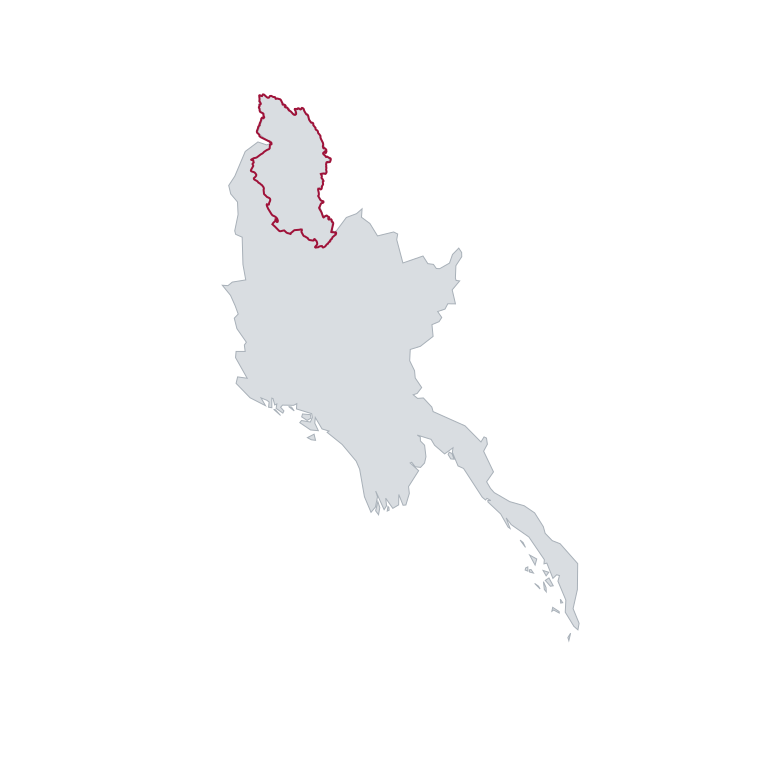 where Kachin sits in Myanmar, rotated 332°
{"feature_id": "MMR-3296", "entity_name": "Kachin", "entity_type": "State", "adm_level": 1, "iso_a3": "MMR", "parent_name": "Myanmar", "parent_adm1": "", "projection": "robinson", "projection_center": [97.371, 26.091], "detail": "fine", "context": "in_parent", "style": "outline", "palette": "rose", "viewbox_px": 768, "rotation_deg": 332, "n_neighbors": 0, "source": "natural_earth", "source_scale": "10m", "svg_char_len": 9684}
<svg xmlns="http://www.w3.org/2000/svg" viewBox="0 0 768 768"><g transform="rotate(332 384 384)"><path d="M484.7,346.8L478.0,343.1L473.0,346.5L465.4,345.2L466.2,352.4L461.9,354.8L454.2,354.1L449.7,365.0L433.8,367.8L423.4,365.8L417.6,375.5L417.2,386.6L414.4,393.3L415.6,404.8L408.8,407.9L404.7,407.2L406.9,412.5L412.2,414.8L415.4,426.8L414.4,431.4L435.9,459.0L442.4,480.7L447.5,477.7L449.1,479.9L447.0,485.7L440.4,490.1L439.4,513.0L428.7,518.5L429.0,526.2L430.3,531.6L439.8,546.9L450.6,557.3L456.5,568.5L457.7,584.7L456.2,591.5L459.0,601.3L464.5,607.7L470.7,633.5L458.3,656.2L445.5,671.1L443.9,686.9L439.8,692.1L437.9,687.2L436.9,670.6L443.1,660.2L445.0,639.8L449.0,635.5L446.9,633.5L441.9,634.9L443.7,618.6L440.8,617.9L443.1,614.4L440.1,587.1L430.3,567.9L429.0,559.6L427.5,570.8L426.4,568.6L426.0,553.5L420.4,537.0L421.0,535.6L423.6,537.0L421.2,533.3L419.2,534.1L417.6,530.1L414.6,495.9L410.9,491.1L412.3,476.4L415.0,472.7L404.7,474.2L399.9,461.8L399.6,455.0L389.4,444.7L391.1,447.9L389.4,451.4L391.1,457.1L386.9,467.9L382.7,472.8L377.1,474.8L372.7,471.7L371.7,466.1L370.0,466.0L373.9,476.8L357.5,486.1L355.0,492.5L346.5,501.1L343.9,500.0L345.2,488.5L340.2,497.6L333.4,497.9L331.9,485.6L329.1,492.7L325.1,495.0L326.4,474.6L325.3,480.5L318.7,488.6L312.3,491.2L313.8,474.4L322.5,447.8L323.2,439.1L318.7,417.8L311.1,400.0L313.3,399.7L308.2,394.6L307.6,381.3L304.5,386.1L304.1,394.4L297.6,390.1L291.5,378.6L294.0,377.5L301.1,383.0L305.1,379.9L306.2,376.2L295.0,364.9L297.8,360.4L294.2,360.4L284.5,355.0L281.8,356.0L283.0,360.8L281.0,362.2L277.3,354.9L280.0,351.3L277.7,351.2L279.2,344.7L278.3,343.8L273.8,352.3L271.2,350.3L274.1,346.0L273.0,343.5L268.9,338.5L269.2,347.5L259.3,333.3L253.7,314.0L258.1,309.0L265.9,314.7L265.3,291.0L268.7,285.8L276.7,290.1L279.0,284.0L282.1,282.5L280.1,266.1L282.7,255.6L288.1,253.8L289.3,245.2L290.1,233.7L287.6,220.9L292.4,223.9L297.9,222.8L310.8,227.2L315.6,212.2L327.7,187.8L323.3,182.2L324.1,178.7L334.7,165.9L340.1,154.5L337.9,144.2L340.1,135.8L349.8,130.5L370.7,113.5L386.3,111.1L392.6,117.8L396.9,118.4L390.4,102.6L403.6,90.8L403.2,81.3L409.4,71.5L412.8,71.9L416.0,76.7L419.4,76.7L425.4,83.9L431.2,103.8L435.6,100.2L441.3,103.0L443.9,132.4L442.4,149.5L438.9,153.4L441.6,160.4L436.1,162.9L432.4,169.7L426.9,170.3L423.1,179.6L417.5,181.0L414.5,188.3L415.2,193.8L410.7,197.0L409.2,206.5L413.1,210.3L414.4,215.4L410.2,226.0L413.7,226.5L428.9,219.3L439.7,220.7L446.9,219.0L442.4,226.2L446.9,235.7L447.8,250.2L463.9,254.3L466.5,258.0L463.0,262.5L457.5,286.0L478.5,289.3L479.2,298.3L483.8,301.6L484.4,306.6L487.3,308.3L498.6,308.0L505.3,301.8L513.8,299.1L514.3,304.3L512.4,308.1L503.0,313.3L496.7,324.1L496.3,326.4L499.2,328.5L488.4,332.9L484.7,346.8ZM298.0,372.2L304.7,376.6L303.4,379.8L299.1,380.1L295.9,374.4L298.0,372.2ZM432.3,603.4L436.7,610.2L432.4,614.8L432.3,603.4ZM297.1,401.6L293.6,399.1L291.2,395.4L298.7,395.5L297.1,401.6ZM438.6,632.7L438.7,641.6L436.0,640.7L434.2,633.1L438.6,632.7ZM322.3,491.1L317.8,496.9L317.1,492.0L323.4,484.9L322.3,491.1ZM410.6,483.3L407.8,481.5L407.5,476.3L409.6,474.8L411.3,477.3L410.6,483.3ZM429.7,643.7L429.1,640.7L432.0,633.4L431.5,639.8L429.7,643.7ZM428.1,660.4L431.8,667.1L431.2,668.5L427.7,663.2L425.5,663.5L428.1,660.4ZM441.1,627.6L437.1,629.5L436.9,623.3L441.1,627.6ZM431.8,691.6L426.7,697.4L427.3,694.2L431.8,691.6ZM276.0,355.8L277.9,363.2L274.7,354.5L276.0,355.8ZM432.4,589.2L432.2,594.7L430.9,585.7L432.4,589.2ZM291.5,361.0L292.1,365.6L289.2,359.1L291.5,361.0ZM427.2,621.1L424.2,618.3L425.2,616.3L426.7,616.8L427.2,621.1ZM425.1,613.0L423.2,616.8L421.3,614.5L422.8,612.9L425.1,613.0ZM425.5,635.1L425.6,638.3L423.4,630.8L425.5,635.1ZM329.3,497.8L327.2,497.7L330.0,494.0L330.3,495.4L329.3,497.8ZM439.1,661.0L437.2,660.4L438.7,656.8L439.1,661.0Z" fill="#d9dde1" stroke="#a8b0b8" stroke-width="1"/><path d="M402.4,92.8L403.0,92.5L403.5,92.2L403.6,90.8L403.7,90.3L404.2,89.3L404.4,88.8L404.1,87.9L402.8,86.3L402.4,85.5L402.5,84.3L403.4,82.3L403.2,81.4L403.5,80.8L404.6,80.2L404.8,79.8L405.0,79.1L405.4,79.0L405.9,79.1L406.5,79.0L406.8,78.7L406.9,78.0L406.9,76.7L406.7,75.8L406.9,75.5L407.3,75.0L407.5,74.7L407.6,74.4L408.0,73.8L408.4,72.6L408.7,72.1L409.1,70.9L409.6,70.6L410.2,71.0L410.9,72.1L411.5,72.5L412.3,71.9L413.2,71.5L414.0,72.3L415.2,75.8L415.9,76.8L416.8,77.1L418.6,76.2L419.7,76.7L421.0,78.6L422.0,79.2L422.4,79.6L422.4,80.2L422.2,81.1L422.4,81.5L423.5,81.7L424.0,82.0L426.0,83.9L426.2,84.5L426.3,85.1L426.1,88.2L426.0,88.8L425.7,89.6L425.9,90.0L426.9,90.5L427.4,91.0L427.7,91.6L427.7,92.1L426.6,92.7L426.8,93.3L427.3,93.9L428.3,94.6L428.4,94.9L428.3,96.0L428.4,96.4L428.7,96.7L428.4,97.5L428.5,97.8L429.5,99.4L429.9,100.5L430.5,103.1L431.1,104.2L432.1,104.7L433.1,104.4L433.6,103.6L433.9,102.5L434.1,101.4L434.0,100.2L434.1,99.6L434.4,99.3L436.2,100.2L436.7,100.6L437.6,100.2L438.2,100.7L438.8,102.0L439.2,102.4L440.0,102.4L440.8,101.7L441.2,101.7L441.7,102.2L442.1,102.9L442.2,103.6L441.9,104.9L441.8,106.3L442.0,109.3L442.1,109.6L442.5,109.7L442.7,109.9L443.0,110.9L442.9,112.0L442.2,114.3L442.0,115.3L442.0,116.4L442.3,118.6L442.5,119.2L443.2,119.5L443.7,120.0L443.8,120.6L443.7,121.2L443.4,121.8L443.1,122.4L443.8,125.7L443.7,126.0L443.3,126.5L443.2,126.9L443.3,127.6L444.0,128.6L444.2,129.2L444.2,129.9L443.8,131.2L443.7,131.9L444.1,133.0L444.2,133.8L444.4,134.9L444.2,135.5L443.6,136.6L443.4,137.8L443.3,142.1L443.2,142.8L443.0,143.4L442.8,144.0L441.6,145.4L441.4,146.1L441.2,147.3L441.4,147.6L441.9,147.5L442.2,147.8L442.9,149.4L443.0,150.0L442.9,150.3L442.5,150.7L442.5,151.4L442.3,151.7L441.3,152.6L440.9,152.6L440.7,152.2L440.7,151.0L438.9,151.4L438.5,151.8L438.4,152.3L438.5,152.9L438.7,153.5L439.2,154.7L439.3,155.3L439.3,156.0L439.5,156.4L439.8,156.5L440.1,156.4L440.5,156.5L441.7,158.4L441.9,159.0L442.4,159.3L442.6,159.5L442.7,159.9L442.6,160.4L442.4,160.8L442.2,161.1L440.8,162.4L440.3,162.6L440.0,162.5L438.9,162.0L438.3,161.4L437.9,161.3L437.4,161.3L437.1,161.5L436.0,162.8L435.4,164.5L434.8,165.1L434.7,165.9L434.6,166.2L433.5,167.6L433.0,169.5L432.7,170.0L432.3,170.4L431.7,170.7L431.1,171.0L430.7,170.9L429.9,170.0L429.4,169.7L427.1,168.9L426.8,168.9L426.8,171.0L426.6,171.5L425.6,172.6L425.8,173.8L426.0,174.4L425.9,175.7L426.0,176.1L425.9,176.4L425.3,176.5L424.9,176.8L424.6,177.5L424.0,179.0L423.7,179.3L422.5,180.0L422.1,180.3L420.8,182.1L420.2,182.5L419.5,182.5L419.3,182.3L418.7,181.2L417.7,180.7L417.0,181.5L416.3,184.1L415.7,185.6L415.2,186.4L414.7,186.8L414.2,187.0L414.1,187.3L414.2,188.5L414.2,190.8L414.3,191.9L414.8,192.9L415.9,193.8L416.2,194.3L416.0,195.0L415.5,195.3L414.9,195.3L413.7,195.0L413.1,195.2L412.4,195.6L411.3,196.6L409.4,198.0L409.3,198.7L409.4,203.0L408.7,207.5L408.7,208.3L408.9,208.6L411.2,208.2L411.9,208.2L412.4,208.3L412.6,208.5L413.0,209.9L413.6,210.3L413.8,210.7L413.8,211.4L413.4,211.6L412.8,211.7L412.3,212.0L412.5,212.9L414.6,213.7L414.8,214.9L414.2,215.6L414.2,216.0L414.2,216.3L414.7,216.9L414.8,217.3L414.7,218.1L414.3,218.8L408.8,225.0L409.3,225.6L410.4,226.1L411.5,227.0L411.8,227.5L411.9,228.2L412.3,227.6L412.6,227.5L412.7,228.0L412.4,228.6L412.2,228.9L411.7,229.2L410.9,229.5L407.5,230.2L406.0,231.4L405.4,231.5L404.8,231.4L404.5,231.6L403.8,232.4L403.5,232.3L403.3,232.3L403.0,232.6L402.8,232.9L402.1,232.9L401.4,233.0L400.4,233.8L399.2,233.8L398.9,233.9L396.7,234.9L394.8,235.0L394.2,234.8L394.1,234.5L393.9,234.0L394.0,233.1L393.7,232.9L392.7,232.5L391.3,232.2L390.9,232.2L390.3,232.4L387.6,231.4L387.5,231.2L387.4,230.8L387.7,230.5L390.1,229.6L390.8,229.0L391.1,228.3L391.4,227.3L391.5,226.2L390.9,223.9L390.8,223.5L390.6,223.4L390.3,223.4L390.0,223.5L389.4,224.2L389.0,224.2L388.2,223.7L386.1,222.1L385.4,221.3L385.2,220.7L385.1,219.1L384.4,218.3L383.8,217.0L382.9,216.0L382.6,215.4L382.5,214.6L382.5,211.1L382.6,210.8L382.9,210.4L383.7,209.7L383.9,209.0L383.0,208.4L381.5,208.0L377.3,206.2L376.4,206.2L374.9,206.6L373.1,206.9L372.7,207.0L372.1,207.6L371.8,207.6L371.0,206.6L369.8,205.6L369.0,204.6L368.0,201.6L367.3,201.3L364.6,200.6L364.1,200.4L363.5,199.9L363.2,199.2L361.7,194.1L360.4,190.6L361.0,190.2L362.0,189.7L364.1,189.1L365.0,188.5L365.5,187.6L365.9,187.7L366.0,188.1L365.7,189.2L365.4,190.0L365.4,190.4L365.5,190.7L365.6,190.8L366.1,190.9L366.6,190.5L367.0,189.9L367.2,188.5L367.3,187.9L367.1,186.8L366.8,185.9L366.2,184.7L364.7,182.7L364.4,181.3L364.0,175.0L364.2,172.1L364.5,170.8L364.8,170.4L365.0,170.3L366.1,171.4L366.3,171.5L366.6,171.5L366.8,171.3L367.6,170.2L369.3,168.9L369.9,168.2L370.2,167.6L370.3,166.9L370.0,165.9L368.5,163.9L368.3,163.3L367.9,161.8L367.4,160.5L367.3,160.1L367.4,159.6L368.9,155.9L369.4,155.5L369.8,154.8L370.0,153.7L369.6,151.1L369.0,150.0L368.6,148.7L368.1,147.9L367.7,147.4L367.6,147.0L367.5,146.2L367.4,145.7L367.1,145.1L365.6,142.8L365.4,142.1L365.4,141.8L365.7,141.2L367.3,140.8L368.1,140.5L368.9,140.1L369.3,139.5L369.5,139.1L369.3,137.4L369.0,136.4L368.2,135.4L367.6,134.9L366.8,134.0L366.6,133.5L366.7,133.0L367.2,132.5L370.9,130.1L371.1,129.7L371.1,128.2L371.3,127.9L371.6,127.7L372.9,127.3L373.1,127.0L373.1,126.4L373.2,126.0L373.6,125.1L373.5,124.8L372.1,123.9L372.1,123.6L372.5,123.5L375.1,123.5L377.1,124.1L378.1,124.2L383.1,123.4L384.7,123.4L385.4,123.3L387.2,122.7L390.4,122.4L392.6,122.6L392.9,122.6L393.3,122.4L393.7,122.2L395.6,119.2L396.2,119.0L396.5,119.2L397.0,119.5L397.4,119.3L397.8,118.0L397.7,117.6L396.9,117.0L396.9,116.7L396.9,116.1L395.9,115.0L391.2,108.5L390.6,107.3L390.4,106.7L390.8,105.7L390.8,105.2L390.7,104.9L390.4,103.7L390.1,103.2L390.0,102.8L390.0,102.1L390.2,101.5L390.6,100.9L392.7,99.1L393.7,97.9L394.1,97.6L395.6,97.2L395.8,96.3L396.0,96.1L396.6,95.9L396.8,95.7L397.0,95.2L397.7,94.8L399.2,93.5L400.0,92.4L400.4,92.0L400.9,91.8L401.4,91.6L401.9,91.7L402.2,92.1L402.2,92.6L402.4,92.8Z" fill="none" stroke="#9f1239" stroke-width="2"/></g></svg>